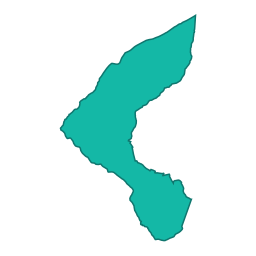 the district of Berbeo, Boyacá, Colombia
{"feature_id": "7082276B20026203821701", "entity_name": "Berbeo", "entity_type": "district", "adm_level": 2, "iso_a3": "COL", "parent_name": "Colombia", "parent_adm1": "Boyacá", "projection": "orthographic", "projection_center": [-73.104, 5.23], "detail": "fine", "context": "isolated", "style": "filled", "palette": "teal", "viewbox_px": 256, "rotation_deg": 0, "n_neighbors": 0, "source": "geoboundaries", "source_scale": "gbopen_adm2", "svg_char_len": 5799}
<svg xmlns="http://www.w3.org/2000/svg" viewBox="0 0 256 256"><path d="M155.3,239.5L156.1,239.5L156.8,239.3L158.4,239.2L159.0,239.3L161.2,240.1L163.8,240.6L164.7,240.6L165.2,240.5L165.7,240.2L167.4,239.5L169.8,238.2L172.4,237.3L173.6,236.8L174.0,236.5L175.1,234.7L175.7,234.1L178.8,232.5L180.5,231.2L181.5,230.1L182.1,229.5L182.4,228.8L182.5,228.5L182.2,227.5L181.8,226.3L191.4,199.3L191.1,199.3L190.5,199.1L189.0,198.1L187.9,197.7L187.2,197.2L186.5,197.0L186.2,196.8L185.7,195.5L185.3,194.8L184.3,193.7L184.0,193.3L183.7,192.8L183.7,192.6L183.2,191.2L183.2,190.4L183.4,190.0L183.4,189.5L183.6,188.8L183.6,188.2L183.4,187.6L182.4,185.3L181.4,183.7L181.3,183.0L181.5,182.3L180.1,180.8L179.4,180.4L178.8,180.1L178.1,180.2L177.4,180.2L175.8,180.6L174.9,180.6L174.4,180.9L173.4,181.6L173.4,181.9L173.3,183.1L171.5,180.3L169.9,177.1L169.7,176.8L169.5,176.0L169.7,175.4L169.5,174.7L169.2,174.2L164.6,175.2L164.2,175.4L163.1,175.6L162.9,175.6L163.0,175.3L163.3,174.8L163.3,174.6L163.8,173.8L163.8,173.5L163.6,173.3L162.7,173.5L162.3,173.6L158.7,173.1L157.8,172.9L156.0,172.9L155.1,172.8L154.9,172.7L155.2,171.3L153.3,170.3L151.0,169.5L150.0,170.8L149.2,170.1L146.2,168.5L145.3,167.6L144.9,167.4L143.6,166.0L143.1,165.3L141.9,164.4L141.4,164.0L140.5,163.8L139.5,163.2L138.7,163.0L138.1,162.7L137.8,162.7L137.6,162.5L137.5,162.1L136.9,161.0L136.7,160.9L135.2,160.9L133.5,154.4L132.2,147.6L132.4,147.6L132.8,147.2L132.7,147.0L130.8,144.1L130.0,143.2L130.7,141.6L128.4,140.9L128.5,140.2L128.9,139.8L129.8,139.5L130.3,139.0L131.1,138.6L131.4,138.0L131.4,137.2L131.8,136.2L131.7,135.4L131.4,134.2L131.4,133.2L131.6,132.3L131.7,131.9L132.5,130.9L133.0,130.0L133.1,129.5L133.4,129.2L133.8,128.1L134.3,127.9L134.8,127.3L135.3,126.5L136.2,123.4L136.3,121.6L136.3,120.3L135.9,119.6L135.9,118.9L135.6,118.2L135.3,116.4L135.4,115.6L135.2,114.9L135.2,112.3L135.6,111.4L136.4,110.6L137.6,110.0L138.6,109.3L140.5,108.0L141.2,107.6L141.9,107.4L142.2,107.2L142.7,106.1L143.2,105.7L146.0,104.8L146.7,104.2L147.3,103.6L148.5,101.7L149.2,100.9L149.7,100.5L150.3,100.3L151.0,100.3L151.9,100.1L153.7,99.0L154.6,98.6L155.9,98.2L156.5,97.8L157.5,96.8L158.4,96.1L159.1,95.7L159.6,95.4L159.8,95.0L159.9,94.4L160.3,93.5L160.8,92.9L161.4,92.4L162.2,91.9L162.9,91.3L163.5,90.6L163.9,89.9L164.5,88.1L164.8,87.9L165.2,88.0L166.2,87.7L167.4,87.2L168.8,87.2L169.1,87.1L169.6,86.7L169.8,86.0L171.0,85.4L171.2,85.0L171.6,84.3L172.3,83.9L176.4,83.1L177.5,82.5L180.2,80.8L181.0,79.7L182.1,77.4L184.1,74.7L184.5,73.4L184.7,71.8L184.9,70.4L185.0,69.3L185.2,68.8L186.1,68.1L186.9,66.9L188.1,65.4L188.7,64.7L189.9,62.6L189.8,61.6L189.9,61.1L190.6,60.3L191.1,59.2L191.6,57.9L191.6,57.0L191.8,56.2L191.1,55.1L190.9,54.5L190.7,53.6L190.7,52.7L190.4,52.3L190.6,49.4L190.5,48.8L190.6,48.1L191.0,47.5L191.3,45.8L191.4,43.9L192.1,42.4L192.7,41.8L192.9,41.2L193.0,40.6L193.2,40.1L193.2,38.1L193.6,35.8L193.6,35.2L193.8,34.0L193.9,32.8L194.3,32.5L194.4,31.8L194.5,31.3L194.2,30.4L194.3,30.0L194.6,29.3L195.5,15.4L194.1,16.3L186.8,20.5L182.6,22.4L181.6,23.2L181.4,23.5L180.4,23.8L179.4,24.0L178.6,24.4L176.4,26.0L174.4,27.0L169.7,30.4L167.0,32.3L165.5,33.0L164.4,33.7L160.6,35.7L158.5,36.7L155.7,37.7L153.0,38.9L151.8,39.2L149.1,39.6L146.2,40.4L136.8,45.4L135.3,46.3L134.3,47.0L131.1,49.8L130.3,50.4L128.7,51.3L125.2,52.8L123.7,55.1L122.0,57.5L121.3,59.0L119.9,62.7L118.7,63.8L117.3,64.2L115.8,64.1L114.4,63.8L112.2,63.4L111.5,63.5L109.2,65.5L106.8,68.3L103.5,72.9L101.5,76.1L100.2,77.7L99.6,78.4L99.4,78.8L99.3,80.7L99.1,81.1L98.0,82.3L97.7,82.8L97.7,83.4L97.6,83.7L97.5,84.7L96.8,86.0L96.0,87.3L95.7,88.9L95.2,90.0L94.8,90.3L94.0,91.1L93.9,91.4L93.4,91.8L92.6,92.6L91.4,93.1L90.7,93.5L89.7,94.2L89.4,94.3L88.5,95.0L87.6,96.3L87.4,96.5L87.1,96.6L86.8,96.9L86.6,97.5L85.8,98.0L85.7,98.5L85.3,98.8L84.4,98.8L83.9,98.9L83.5,99.1L82.3,100.0L81.8,100.2L80.9,100.9L80.2,101.6L80.0,101.9L79.7,102.5L79.9,103.1L79.9,103.7L79.5,106.0L78.7,107.5L78.3,108.0L77.8,108.3L77.4,108.8L76.9,109.1L76.2,109.3L75.5,109.2L74.9,109.4L74.6,109.6L74.3,109.8L72.9,111.5L72.1,112.4L70.6,113.5L70.2,114.0L69.8,114.2L69.1,114.4L69.0,114.6L69.0,115.3L68.8,115.7L68.3,116.2L67.6,116.7L67.4,117.0L67.0,117.6L66.4,118.9L65.3,119.2L64.9,119.6L64.7,120.0L64.6,120.7L63.9,121.8L63.5,123.9L63.1,125.3L62.1,126.2L61.5,127.2L60.7,127.9L60.5,128.2L60.5,128.4L60.8,129.1L60.9,130.0L61.6,130.3L62.2,130.8L62.9,131.2L63.3,131.6L64.4,132.8L64.8,133.5L65.0,134.1L65.5,135.9L66.8,138.0L67.5,138.5L68.2,138.4L69.4,138.1L69.9,138.0L70.4,138.1L70.9,138.4L72.7,140.8L73.2,141.6L73.6,143.1L74.1,144.0L75.2,145.6L75.6,146.0L77.2,146.6L79.0,147.0L79.5,147.2L79.9,147.6L80.3,148.3L80.7,150.0L80.8,150.5L81.4,151.6L82.3,153.0L82.6,153.4L85.5,156.1L86.7,156.9L87.4,157.0L87.8,157.3L88.7,158.6L89.3,159.7L91.2,162.4L91.7,162.7L93.2,163.0L94.3,163.1L94.8,163.3L95.4,163.9L96.0,164.3L98.2,164.5L99.0,164.4L100.0,164.1L100.5,164.1L101.0,164.2L101.3,164.7L102.4,166.0L103.4,166.8L104.0,167.1L107.1,169.0L107.5,169.8L107.7,170.9L108.1,171.9L108.7,172.1L109.6,172.0L111.8,171.9L112.6,172.0L114.0,172.5L116.1,174.2L116.9,175.0L118.0,175.8L119.9,177.2L120.5,177.6L121.5,178.5L123.6,179.7L124.4,180.6L125.6,181.7L126.8,183.6L129.6,186.0L130.4,187.0L131.6,187.8L132.6,189.0L133.3,190.2L133.3,191.4L131.6,195.1L130.9,196.0L130.4,197.0L130.1,197.8L129.9,198.6L130.1,200.3L132.2,202.5L132.8,203.6L134.0,205.8L134.2,207.4L134.7,210.3L136.4,213.3L137.4,215.7L137.9,216.4L138.5,217.0L138.8,217.4L139.4,219.3L140.1,220.7L140.6,221.1L141.2,221.4L140.7,222.8L140.7,223.9L140.8,224.4L141.3,224.8L141.5,224.6L142.0,224.5L142.3,224.7L142.6,225.5L143.1,225.5L143.9,225.5L144.3,226.1L144.8,226.6L146.6,226.8L147.2,227.2L147.8,227.8L147.8,228.4L148.1,228.8L148.5,229.1L148.6,229.7L149.2,230.8L149.7,231.3L151.1,233.0L151.8,234.8L152.8,235.9L153.3,236.2L154.8,238.8L155.3,239.5Z" fill="#14b8a6" stroke="#0f766e" stroke-width="1.5"/></svg>